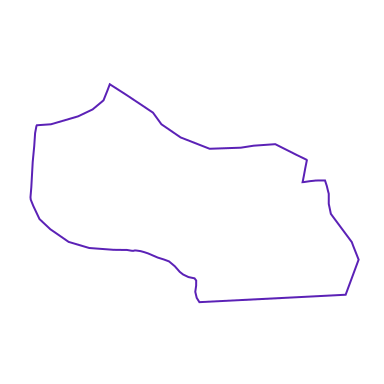 the district of Americ, Dauphin, Saint Lucia, rotated 356°
{"feature_id": "8701671B88518569021729", "entity_name": "Americ", "entity_type": "district", "adm_level": 2, "iso_a3": "LCA", "parent_name": "Saint Lucia", "parent_adm1": "Dauphin", "projection": "orthographic", "projection_center": [-60.932, 14.021], "detail": "fine", "context": "isolated", "style": "outline", "palette": "violet", "viewbox_px": 384, "rotation_deg": 356, "n_neighbors": 0, "source": "geoboundaries", "source_scale": "gbopen_adm2", "svg_char_len": 1094}
<svg xmlns="http://www.w3.org/2000/svg" viewBox="0 0 384 384"><g transform="rotate(356 192 192)"><path d="M308.5,167.8L298.9,162.3L278.4,150.1L267.6,150.1L256.8,150.1L243.8,151.2L212.6,150.1L184.5,136.8L166.2,122.3L158.6,110.1L132.7,90.1L117.5,78.8L114.7,84.9L110.1,94.4L98.6,102.7L83.6,108.6L56.0,114.6L41.9,114.6L41.4,115.4L39.6,122.3L37.8,135.3L35.2,150.9L32.0,176.3L30.5,186.0L30.6,188.4L32.8,195.1L38.0,208.4L48.1,219.3L65.5,233.2L85.6,240.7L109.7,244.2L123.2,245.3L127.7,246.4L129.5,246.6L130.8,246.3L132.4,246.5L136.6,247.4L140.0,248.6L143.9,250.2L153.2,255.0L159.1,257.3L164.2,259.6L169.6,264.8L174.2,270.8L177.4,273.7L182.5,276.6L188.5,278.3L190.0,280.6L189.6,285.7L188.3,291.8L189.3,297.9L191.7,302.4L294.9,304.4L338.1,305.2L353.5,271.1L349.1,257.2L347.9,253.1L330.7,226.2L329.9,224.9L329.0,223.5L327.6,213.4L328.3,203.3L327.8,200.7L326.9,195.4L325.5,189.8L320.2,189.4L318.5,189.3L316.0,189.2L314.0,189.3L310.6,189.4L305.5,189.8L304.3,189.9L303.0,189.9L303.6,187.8L304.6,184.1L306.0,178.7L306.5,176.7L308.8,168.3L308.5,167.8Z" fill="none" stroke="#5b21b6" stroke-width="2"/></g></svg>